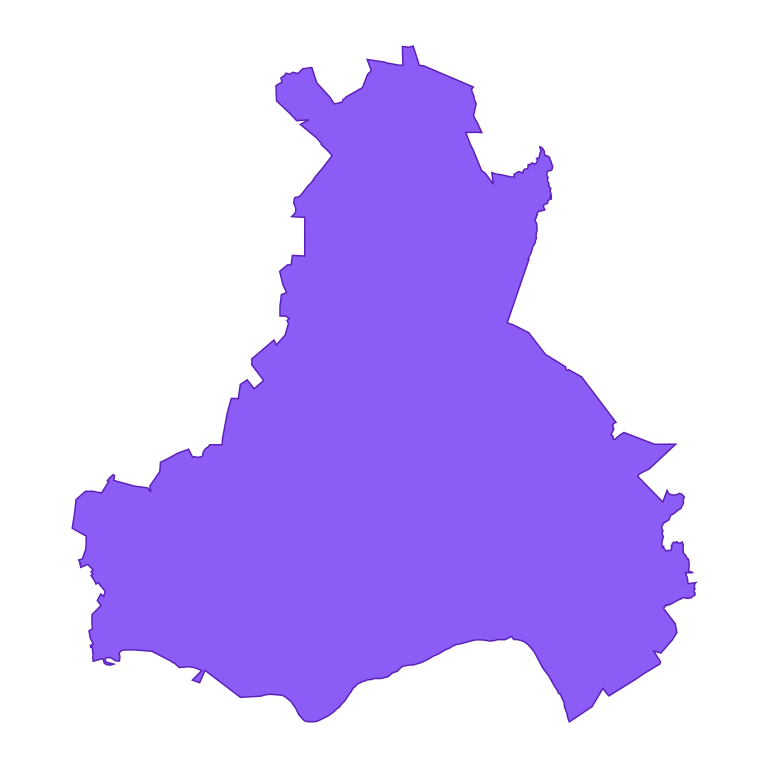 Copainalá, Chiapas, Mexico
{"feature_id": "50627088B20312620560058", "entity_name": "Copainalá", "entity_type": "district", "adm_level": 2, "iso_a3": "MEX", "parent_name": "Mexico", "parent_adm1": "Chiapas", "projection": "natural_earth1", "projection_center": [-93.236, 17.116], "detail": "fine", "context": "isolated", "style": "filled", "palette": "violet", "viewbox_px": 768, "rotation_deg": 0, "n_neighbors": 0, "source": "geoboundaries", "source_scale": "gbopen_adm2", "svg_char_len": 6062}
<svg xmlns="http://www.w3.org/2000/svg" viewBox="0 0 768 768"><path d="M93.3,661.3L102.2,658.7L103.3,659.6L104.1,662.9L106.2,664.5L110.7,665.1L113.7,664.1L106.2,662.1L105.2,660.1L105.4,658.7L106.1,657.6L111.1,657.8L115.3,660.8L119.2,661.1L119.6,660.7L119.3,659.9L119.7,659.0L119.9,656.6L119.2,653.5L119.9,652.0L120.9,650.8L123.5,650.0L132.8,649.8L151.8,651.2L170.4,660.8L175.6,664.1L179.3,667.5L188.4,666.7L194.4,667.6L201.8,670.5L192.4,680.1L199.6,682.7L205.1,670.4L240.4,697.3L260.6,696.2L266.4,694.6L271.1,694.3L281.7,695.2L283.5,695.9L285.3,696.8L291.0,701.6L295.5,707.9L298.6,714.3L303.0,719.5L304.5,720.8L306.0,721.4L309.8,721.8L315.7,721.6L318.5,720.7L328.3,715.8L333.2,712.3L337.4,708.4L339.4,707.1L341.3,704.4L344.8,700.9L349.7,693.3L350.9,692.2L352.8,688.4L354.9,686.8L357.0,684.4L359.2,683.1L360.3,682.9L362.0,681.6L365.2,680.9L367.8,679.7L370.9,679.6L374.3,678.5L380.8,678.5L383.6,677.9L384.6,677.3L386.6,677.3L389.4,675.8L391.7,673.3L397.3,671.2L401.5,667.0L403.4,666.1L408.9,665.1L413.5,664.9L421.2,662.6L426.8,660.0L433.2,656.2L439.2,653.6L444.1,650.5L450.0,647.9L452.4,646.2L457.0,644.3L460.6,643.8L474.2,640.1L478.1,639.8L483.5,640.0L490.2,641.1L495.6,640.3L497.4,639.6L505.0,639.7L511.6,636.5L513.7,639.5L516.8,639.5L520.1,640.2L523.9,641.6L527.0,643.7L530.4,647.1L534.2,651.8L542.8,668.0L548.8,676.0L555.0,687.0L557.4,690.6L558.5,693.3L559.6,693.7L560.7,695.1L564.0,702.6L564.7,707.7L566.9,713.2L567.7,717.4L569.3,721.9L592.1,706.6L602.9,688.4L606.8,693.7L608.9,695.9L633.6,680.6L643.3,674.0L659.8,664.0L660.6,662.1L653.7,651.0L660.9,653.0L672.3,639.9L676.9,632.5L675.3,623.9L663.8,608.8L663.6,607.8L665.0,606.7L665.6,605.3L666.3,604.8L666.9,605.6L669.0,604.2L669.5,604.8L679.0,599.5L679.5,599.6L683.4,597.5L685.1,597.7L686.1,598.4L687.3,598.1L688.2,598.5L689.2,597.8L691.3,597.9L692.2,596.7L694.9,595.2L695.1,593.1L693.9,591.6L694.1,590.2L695.0,589.1L694.3,587.0L694.7,585.1L694.6,583.8L695.8,582.6L688.1,583.7L687.3,578.2L685.6,572.8L693.3,572.7L688.5,571.1L689.1,567.0L689.0,562.1L688.3,559.0L687.7,559.2L685.4,555.0L683.4,553.3L683.0,547.2L683.4,544.7L682.1,542.0L679.9,543.2L677.9,542.9L677.3,541.8L676.5,541.9L675.8,542.8L675.4,542.4L674.1,542.1L672.6,543.1L672.0,545.0L671.2,545.9L671.9,547.3L671.2,548.5L671.2,549.9L670.2,550.7L667.9,550.3L666.3,551.0L665.4,550.6L664.4,548.7L663.7,548.4L663.6,546.4L662.2,547.0L661.8,542.8L663.3,536.7L662.1,533.1L663.0,530.7L662.0,529.7L661.6,526.8L664.1,522.6L665.3,522.2L668.9,519.8L670.8,514.9L672.9,514.3L678.6,509.7L680.7,508.7L683.6,502.8L683.0,500.6L684.3,497.2L683.5,496.0L681.2,493.9L679.4,493.3L677.7,494.3L674.0,495.2L670.1,494.4L668.4,493.2L667.1,490.4L662.8,502.0L638.0,476.7L638.6,474.9L640.3,473.4L649.4,468.8L675.7,444.2L654.6,444.3L624.0,432.5L620.4,434.7L616.6,437.7L615.2,439.4L612.9,439.1L613.2,436.8L612.8,435.9L610.8,434.9L613.8,429.3L612.6,424.7L614.6,422.9L616.0,422.4L581.6,376.9L568.5,369.6L567.8,370.3L566.4,370.1L565.5,366.8L545.4,354.4L528.7,332.7L512.7,324.6L507.2,322.9L529.0,259.2L528.1,259.0L531.3,252.4L532.8,246.7L535.2,242.8L535.4,240.8L536.5,237.9L536.0,236.3L536.4,232.7L537.1,230.2L536.7,223.7L535.5,221.6L535.0,219.9L536.4,217.4L536.1,216.6L537.3,215.0L536.8,214.6L537.5,212.8L539.3,210.9L540.2,211.2L544.9,209.9L543.8,207.9L543.4,205.7L544.7,204.2L545.5,203.7L546.5,203.9L547.8,202.8L547.6,201.2L548.6,200.2L550.3,199.1L551.2,199.1L551.4,196.8L549.9,196.8L550.5,195.6L551.1,195.7L551.2,194.7L550.1,191.0L550.8,188.5L548.5,185.9L549.0,185.3L548.9,183.3L547.4,180.8L548.0,177.4L546.6,174.7L547.7,170.9L550.8,170.6L551.8,169.9L552.6,166.9L552.5,165.5L551.8,164.4L551.0,161.3L550.4,160.7L549.5,157.3L547.4,155.9L544.8,155.5L544.2,151.1L542.5,148.4L540.1,146.6L539.9,147.3L541.2,151.6L540.3,152.4L539.7,154.2L539.1,157.7L536.5,158.5L537.5,160.2L536.5,162.6L534.9,164.2L532.1,162.9L529.8,164.8L529.4,164.4L527.9,165.2L528.2,165.9L527.7,168.3L526.8,168.9L524.4,169.2L523.2,170.9L522.9,173.0L519.4,171.7L517.7,171.9L515.3,173.8L514.1,174.1L514.3,177.1L511.4,177.0L500.5,174.6L496.2,174.1L491.8,172.6L493.4,184.3L485.3,173.3L481.6,170.6L473.5,150.7L470.4,144.4L465.8,132.5L475.7,132.3L481.8,132.6L477.1,122.3L475.3,119.5L473.5,115.7L476.2,103.7L474.5,100.0L473.9,96.3L471.4,89.6L473.3,87.0L423.4,65.7L419.3,65.4L413.2,46.1L409.2,47.2L402.4,46.5L402.9,65.3L399.2,65.2L386.6,62.9L384.2,62.0L367.2,59.5L371.3,70.6L367.5,74.5L362.5,87.6L346.1,96.9L344.8,98.5L343.1,99.4L342.0,102.4L340.9,102.7L340.1,102.2L339.4,102.9L334.3,103.9L329.8,97.1L316.8,82.9L311.8,67.5L302.8,68.8L297.9,73.5L293.0,72.3L289.7,74.2L286.0,73.2L284.8,75.2L280.9,78.0L282.0,82.1L277.6,84.5L276.0,85.8L276.5,100.8L290.2,113.8L296.7,120.7L308.8,119.8L300.3,124.4L316.7,138.0L321.7,143.8L321.2,144.5L328.7,151.6L332.1,155.6L321.8,169.1L315.5,176.4L311.2,182.8L307.9,185.9L301.1,194.9L298.4,197.0L295.2,197.3L294.3,198.6L293.7,203.2L295.3,206.6L295.8,209.3L295.7,211.2L294.9,213.3L291.7,216.6L304.8,217.4L304.7,256.0L292.4,255.4L291.1,264.8L287.4,264.9L279.7,271.4L282.9,284.7L286.6,292.6L281.4,294.6L280.0,306.2L280.0,316.0L285.7,316.1L289.4,318.5L287.0,320.5L288.5,323.6L285.1,335.2L276.4,344.8L274.0,340.0L251.7,359.0L252.0,362.1L251.7,364.7L263.7,380.5L254.1,388.7L247.2,379.8L240.3,384.5L238.4,398.5L231.3,398.4L227.4,412.5L222.6,438.2L222.1,444.7L209.6,444.8L208.8,446.4L205.5,448.7L203.8,451.0L203.2,452.3L202.6,455.8L202.2,456.3L200.4,456.9L197.6,457.4L194.4,456.7L192.6,457.2L188.6,449.2L177.7,453.2L167.8,458.7L160.5,462.2L159.8,471.5L149.9,486.0L150.8,492.0L147.8,487.9L134.2,486.1L113.7,480.4L114.6,475.7L113.2,474.6L110.0,477.4L107.3,480.8L108.5,481.3L108.1,482.5L101.3,493.4L99.9,492.4L97.3,492.3L93.6,491.3L85.5,491.3L76.1,499.5L74.6,513.2L72.2,528.2L86.2,536.1L86.1,545.2L85.7,549.3L82.3,559.1L78.6,560.0L80.4,563.4L79.9,563.4L80.7,567.4L87.7,564.4L90.9,567.7L93.1,569.4L91.0,571.9L93.0,574.0L91.0,575.4L94.9,581.4L96.0,584.1L98.1,582.7L105.1,591.3L103.8,596.4L100.8,594.0L97.3,600.4L101.0,605.6L92.1,614.4L91.9,621.5L92.3,628.9L89.0,630.8L90.2,637.9L93.3,643.9L90.4,645.4L90.7,647.4L92.2,646.9L93.1,655.2L92.8,657.8L93.3,661.3Z" fill="#8b5cf6" stroke="#5b21b6" stroke-width="1.5"/></svg>